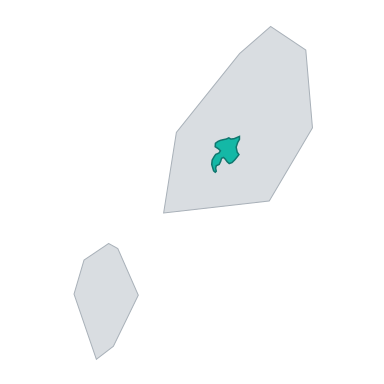 location of Mosta within Malta, rotated 264°
{"feature_id": "MLT-5927", "entity_name": "Mosta", "entity_type": "state/province", "adm_level": 1, "iso_a3": "MLT", "parent_name": "Malta", "parent_adm1": "", "projection": "mercator", "projection_center": [14.416, 35.91], "detail": "fine", "context": "in_parent", "style": "filled", "palette": "teal", "viewbox_px": 384, "rotation_deg": 264, "n_neighbors": 0, "source": "natural_earth", "source_scale": "10m", "svg_char_len": 875}
<svg xmlns="http://www.w3.org/2000/svg" viewBox="0 0 384 384"><g transform="rotate(264 192 192)"><path d="M348.4,287.5L321.3,320.0L243.2,318.5L175.0,267.9L174.1,161.6L252.9,182.7L324.8,253.9L348.4,287.5ZM143.5,112.3L95.0,127.8L46.8,97.7L35.6,79.4L102.8,64.0L135.6,77.5L149.5,103.7L143.5,112.3Z" fill="#d9dde1" stroke="#a8b0b8" stroke-width="1"/><path d="M217.1,234.9L216.4,232.0L218.3,230.2L221.4,228.4L223.1,226.9L222.4,224.9L219.5,223.7L216.6,221.9L215.6,218.9L213.2,218.0L210.1,218.3L209.2,217.2L210.8,215.7L217.3,214.5L221.6,215.4L224.8,217.7L226.9,219.5L227.9,222.8L230.0,224.6L232.2,222.8L234.6,219.8L238.0,220.4L239.6,223.1L240.4,225.7L240.8,228.7L241.1,231.7L242.0,234.3L240.6,236.1L240.6,239.4L242.3,245.0L239.4,244.7L236.5,242.6L232.0,240.6L226.9,241.1L224.3,242.6L221.6,240.0L219.5,237.9L217.1,234.9Z" fill="#14b8a6" stroke="#0f766e" stroke-width="1.5"/></g></svg>